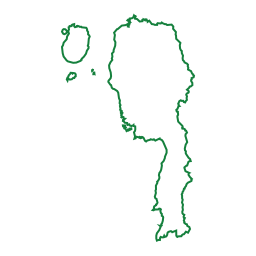 the district of Kota Tidore Kepulauan, Maluku Utara, Indonesia
{"feature_id": "22746128B24002479708791", "entity_name": "Kota Tidore Kepulauan", "entity_type": "district", "adm_level": 2, "iso_a3": "IDN", "parent_name": "Indonesia", "parent_adm1": "Maluku Utara", "projection": "albers", "projection_center": [127.622, 0.39], "detail": "fine", "context": "isolated", "style": "outline", "palette": "green", "viewbox_px": 256, "rotation_deg": 0, "n_neighbors": 0, "source": "geoboundaries", "source_scale": "gbopen_adm2", "svg_char_len": 5807}
<svg xmlns="http://www.w3.org/2000/svg" viewBox="0 0 256 256"><path d="M134.0,15.4L133.2,17.5L131.9,18.3L129.6,18.5L128.6,20.3L129.0,21.0L129.7,20.7L129.6,21.5L130.5,22.3L129.8,22.0L129.3,22.5L130.1,22.7L129.4,23.5L129.4,24.6L128.7,25.1L128.7,26.7L127.8,26.5L127.9,25.3L129.3,24.2L128.3,24.4L128.0,23.9L125.7,25.1L121.8,25.6L117.7,29.1L117.0,29.2L114.1,32.7L114.9,35.0L114.2,39.6L115.4,42.2L115.2,45.7L113.6,50.2L113.6,51.8L112.0,53.5L112.4,56.7L111.8,58.6L112.3,59.9L110.4,62.4L109.1,65.3L109.3,68.2L110.7,72.4L111.1,76.2L110.6,78.3L108.6,80.6L108.3,81.8L110.4,84.8L111.1,85.1L111.8,87.7L113.0,88.8L114.3,89.1L117.2,91.0L118.2,92.6L119.0,98.3L119.9,100.4L119.6,103.2L120.5,105.1L119.9,105.9L120.5,108.8L120.1,109.8L121.8,111.0L121.8,111.5L120.8,112.0L120.9,112.4L121.8,112.3L122.4,112.9L121.3,113.8L121.8,114.2L121.2,115.2L121.9,116.1L121.3,117.2L121.7,117.5L122.9,116.9L123.5,117.1L123.7,118.7L124.9,118.8L123.8,119.9L123.0,120.0L122.9,121.0L123.8,121.3L124.7,122.7L127.2,123.0L127.6,124.9L129.3,124.4L129.7,125.4L131.4,126.1L132.2,125.6L132.9,125.7L133.5,125.1L133.6,126.0L135.2,126.4L135.3,129.2L135.0,130.9L134.0,132.3L135.0,136.4L138.7,137.3L139.6,136.8L141.2,137.3L141.8,136.9L142.6,137.1L143.5,137.8L145.0,140.8L146.1,141.5L147.3,140.5L150.1,139.8L150.5,139.3L153.0,139.8L153.9,139.3L155.3,140.6L159.7,138.5L159.9,139.2L161.7,139.9L163.0,141.5L166.6,149.8L166.6,152.8L164.9,156.9L164.9,157.9L163.7,160.9L161.5,163.4L161.9,165.6L161.2,169.6L160.4,171.6L159.4,172.9L158.9,175.2L159.4,177.0L159.3,178.5L158.3,180.5L157.1,181.8L157.4,182.8L155.9,185.7L156.0,189.4L155.5,190.6L155.9,193.0L154.8,196.7L155.4,198.3L156.6,199.0L156.8,199.7L157.2,199.6L156.8,199.9L157.5,202.6L157.0,203.8L156.0,204.5L156.1,205.2L154.3,206.3L153.9,207.2L154.2,208.5L152.7,210.1L153.6,210.3L154.6,209.6L158.3,209.4L159.2,208.6L160.5,208.9L160.9,209.6L160.3,210.7L160.9,213.0L161.8,213.8L161.8,215.8L162.9,216.5L163.2,217.4L162.8,220.8L162.0,223.4L161.2,224.3L161.7,225.4L160.8,226.2L160.1,226.0L160.7,226.6L159.3,230.0L156.9,233.3L156.3,235.6L156.3,238.5L156.9,240.6L158.7,239.9L159.9,240.0L160.1,237.8L160.7,236.9L162.0,237.4L163.5,237.3L164.2,235.7L164.8,236.9L166.3,236.4L167.1,235.1L167.6,232.7L168.4,231.9L170.6,231.2L171.4,231.3L172.2,232.2L176.2,230.6L176.3,235.5L176.8,236.6L177.5,236.9L178.0,236.4L181.4,236.2L181.9,235.2L182.9,234.4L184.0,234.2L185.9,231.7L188.0,232.7L190.0,229.0L189.3,227.0L187.3,225.9L186.9,224.3L185.7,224.0L184.2,222.7L184.5,222.0L183.8,220.5L184.8,218.1L183.9,217.9L183.6,216.8L184.3,214.8L183.1,214.2L182.4,213.2L182.3,211.6L182.9,209.9L182.5,207.2L183.0,204.8L182.0,202.5L182.7,199.8L182.1,198.2L182.1,195.6L181.7,194.3L182.5,193.1L182.5,192.1L183.5,190.7L183.9,188.8L184.7,188.6L184.8,187.5L185.9,186.2L186.6,184.1L187.9,182.7L191.4,181.0L191.6,180.1L191.3,179.3L191.8,178.9L189.9,177.0L188.5,174.8L188.8,173.1L189.2,172.9L185.5,171.2L184.4,167.9L184.4,167.4L186.5,165.6L187.2,165.5L188.4,161.9L189.5,161.2L190.7,161.1L190.1,159.1L188.6,157.8L186.2,154.2L185.7,153.1L185.9,151.3L185.0,150.3L184.8,148.5L185.7,144.6L187.2,142.1L185.4,135.9L185.6,134.2L187.0,132.6L186.1,130.7L185.2,130.5L184.8,129.2L183.0,128.4L182.4,128.6L182.1,127.9L182.7,127.0L182.4,125.9L178.2,121.6L177.4,116.9L177.4,116.0L178.1,114.9L178.0,112.8L177.4,112.1L177.7,111.6L176.6,111.1L176.3,109.9L177.5,108.8L178.4,106.4L179.4,106.1L178.6,105.4L178.7,104.3L178.2,103.8L179.4,101.1L180.8,100.3L181.5,100.9L183.2,100.8L183.9,102.1L185.2,102.4L185.6,101.3L186.9,99.9L186.6,98.0L187.0,96.3L186.2,94.8L186.7,93.6L188.4,92.7L188.8,91.9L188.6,91.0L187.0,89.7L189.0,87.9L189.7,86.6L190.7,86.5L192.4,85.1L192.3,82.8L191.2,81.2L191.1,80.0L191.7,79.5L191.6,78.1L193.6,77.3L194.0,75.8L193.3,75.3L193.3,74.5L192.2,73.7L191.0,71.1L188.0,69.5L188.3,67.7L187.7,66.1L188.0,64.8L187.1,63.7L184.5,62.4L184.2,61.4L182.9,60.1L182.6,58.1L183.0,55.7L181.8,53.1L181.8,51.0L181.0,50.4L180.1,48.6L179.8,45.2L180.4,42.9L176.2,38.8L176.0,35.3L175.6,34.7L175.9,32.0L173.1,28.8L173.3,26.5L171.6,24.6L167.1,25.0L165.9,24.1L164.9,24.2L162.8,23.3L161.7,22.5L160.8,23.5L157.6,23.2L157.1,23.8L157.1,24.9L154.9,24.9L153.6,24.3L151.8,24.1L149.3,20.7L147.8,21.7L147.8,20.9L146.8,20.6L146.6,19.5L146.0,19.3L145.1,19.4L144.9,20.2L143.4,19.3L143.3,19.8L142.4,19.9L142.4,21.2L139.7,21.5L137.0,19.0L135.0,18.7L134.8,17.7L135.7,16.5L135.5,16.1L134.8,16.3L134.0,15.4ZM74.2,26.3L74.2,24.1L72.4,24.6L71.7,25.1L71.8,25.8L71.1,26.2L69.7,26.1L69.7,26.6L68.6,27.3L69.0,29.4L68.2,31.1L68.9,33.6L67.1,36.5L66.7,39.2L63.7,42.6L63.0,45.3L62.0,46.9L62.7,53.2L63.6,56.5L66.6,60.4L67.9,61.4L73.2,62.8L76.2,62.6L80.7,60.8L81.1,59.9L81.6,59.8L81.7,58.8L83.9,56.7L86.0,53.7L86.9,50.7L88.5,48.3L88.6,46.8L87.8,45.8L88.3,44.3L88.8,38.7L89.7,36.6L89.2,35.4L88.1,34.4L88.1,31.9L87.1,30.6L87.1,29.3L86.3,27.8L81.7,27.3L81.1,26.7L79.9,26.9L78.6,26.1L77.7,26.4L77.4,25.9L76.9,26.0L76.8,26.7L75.0,27.2L74.2,26.3ZM72.1,72.9L70.6,72.8L70.2,73.8L68.6,75.5L68.4,76.7L67.5,77.5L66.8,79.4L67.5,80.6L67.8,79.4L68.5,78.8L69.9,79.6L71.9,79.2L73.3,77.8L74.3,78.0L75.1,76.5L75.7,76.3L75.7,74.3L74.9,73.3L73.2,73.0L72.5,73.6L72.1,72.9ZM63.8,29.1L62.8,29.7L62.0,31.7L63.2,33.7L64.3,34.2L65.8,33.6L66.8,32.5L66.9,31.7L66.7,30.7L65.3,29.3L63.8,29.1ZM125.1,125.5L122.9,125.4L123.0,126.3L123.6,126.9L124.5,127.0L125.1,125.5ZM131.3,128.4L129.6,128.6L129.3,130.1L131.4,129.1L131.3,128.4ZM141.1,137.4L139.6,137.2L139.5,137.8L140.6,138.2L141.8,137.8L141.6,137.2L141.1,137.4ZM135.6,137.7L134.8,137.4L134.4,138.7L135.6,138.3L135.6,137.7ZM126.6,131.1L127.6,130.6L127.5,129.7L126.3,130.4L126.6,131.1ZM94.4,73.5L94.3,72.5L93.7,72.5L93.4,74.2L94.1,74.2L93.6,73.4L93.9,73.1L94.4,73.5ZM125.2,128.8L125.9,127.5L125.5,127.2L124.5,128.5L125.2,128.8ZM92.9,70.0L93.1,69.0L92.4,70.2L92.0,69.4L92.1,70.7L92.9,70.0ZM128.1,20.8L128.2,19.9L127.9,19.8L127.4,20.4L128.1,20.8Z" fill="none" stroke="#15803d" stroke-width="2"/></svg>